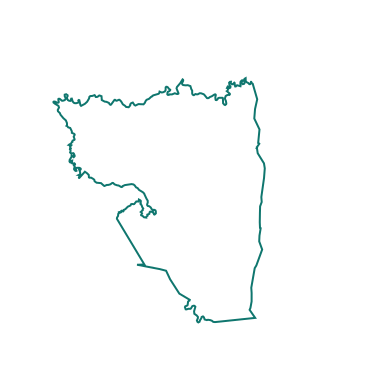 outline of San Jerónimo Coatlán, Oaxaca, Mexico, rotated 336°
{"feature_id": "50627088B48669608540498", "entity_name": "San Jerónimo Coatlán", "entity_type": "district", "adm_level": 2, "iso_a3": "MEX", "parent_name": "Mexico", "parent_adm1": "Oaxaca", "projection": "orthographic", "projection_center": [-96.995, 16.194], "detail": "fine", "context": "isolated", "style": "outline", "palette": "teal", "viewbox_px": 384, "rotation_deg": 336, "n_neighbors": 0, "source": "geoboundaries", "source_scale": "gbopen_adm2", "svg_char_len": 5932}
<svg xmlns="http://www.w3.org/2000/svg" viewBox="0 0 384 384"><g transform="rotate(336 192 192)"><path d="M112.2,236.1L131.3,249.4L136.3,253.4L136.5,262.9L139.1,279.7L146.1,289.6L145.5,290.2L144.8,290.1L143.8,290.6L142.0,293.5L141.3,293.8L139.4,293.7L138.7,294.3L138.5,296.6L139.2,297.0L141.5,297.3L142.8,298.0L143.6,298.0L145.9,296.4L147.1,296.5L148.0,297.0L148.4,298.2L145.4,301.8L144.6,304.2L146.1,306.7L146.6,308.6L146.0,309.7L144.2,311.4L144.2,312.9L144.7,313.7L146.1,313.6L147.2,312.4L149.2,311.1L150.0,310.1L151.4,310.1L151.9,311.3L151.7,313.6L153.5,315.1L154.6,315.2L156.6,316.5L157.8,317.7L158.6,319.3L160.1,320.2L198.5,332.7L196.7,323.1L198.2,321.7L201.9,316.3L205.4,308.5L207.2,303.6L218.3,287.1L220.9,285.3L232.7,273.1L233.3,264.5L235.9,259.3L240.0,253.0L239.5,252.5L241.6,247.2L245.6,238.6L248.4,232.8L251.6,229.5L253.3,224.8L263.5,208.5L268.1,200.0L269.4,195.1L267.8,183.3L269.1,178.6L268.9,178.4L269.5,178.0L269.5,177.7L268.6,177.7L269.4,177.5L273.1,175.3L272.8,174.5L272.4,174.1L279.1,162.3L278.8,150.2L283.3,141.9L289.3,133.8L291.5,117.8L290.9,116.8L290.9,115.5L290.7,115.4L289.3,117.1L288.7,117.1L288.2,116.7L287.8,115.4L286.5,113.8L286.2,112.5L287.3,109.8L286.1,109.9L285.1,111.4L284.3,113.9L283.4,114.4L282.2,114.1L281.7,112.1L282.3,111.4L283.2,111.2L283.5,110.5L282.8,110.3L281.4,110.9L280.9,111.4L280.8,111.9L280.2,112.8L279.8,114.4L279.3,115.1L276.6,112.8L274.9,113.4L274.4,113.2L274.4,112.4L275.3,109.7L275.1,109.3L273.1,110.2L272.1,109.4L271.6,108.5L272.4,107.1L271.5,106.8L270.4,107.2L269.5,110.1L270.2,111.0L269.5,112.2L268.6,112.4L268.1,112.0L267.9,110.7L267.5,110.2L266.3,111.2L267.0,111.7L267.1,112.3L265.6,114.0L264.9,114.1L266.4,117.3L266.5,117.9L266.2,118.3L265.5,118.5L264.9,118.0L262.9,117.8L261.7,118.1L260.4,119.6L260.0,120.4L260.0,122.6L259.4,125.0L258.9,125.7L257.6,126.0L257.1,125.5L256.5,123.6L258.4,118.8L258.1,118.3L255.2,117.0L254.2,116.9L252.6,117.9L251.7,118.0L251.1,117.6L251.1,117.1L251.9,114.8L253.2,113.1L253.2,112.6L252.9,112.2L251.9,112.1L249.0,112.6L247.1,112.5L245.5,112.9L244.7,112.8L243.9,112.3L242.7,107.9L242.1,107.1L240.4,105.5L239.1,104.9L237.1,105.1L236.2,104.8L234.9,103.9L233.2,104.3L232.7,104.1L232.2,103.2L232.2,102.2L233.4,99.4L233.2,97.9L233.6,94.6L231.6,92.7L229.6,92.0L227.6,90.8L227.1,90.3L226.9,89.5L227.2,88.5L229.0,87.0L229.4,86.4L229.5,85.8L229.2,85.3L225.5,87.8L220.9,90.0L220.0,91.1L219.8,96.3L219.6,96.6L218.9,96.7L218.2,96.4L216.4,94.8L213.5,94.7L211.0,93.6L210.3,93.9L209.3,93.3L209.2,92.6L210.2,91.0L210.6,90.7L212.4,90.6L213.4,90.2L213.7,89.7L212.8,88.2L212.6,86.8L212.0,85.8L211.3,85.4L210.5,85.7L209.3,88.2L208.1,89.1L205.9,89.1L204.7,88.7L203.2,87.1L202.2,88.4L201.4,88.7L196.3,88.0L195.1,88.0L194.7,88.4L193.2,88.5L190.6,89.4L188.0,89.3L186.4,90.2L185.3,91.3L183.4,92.2L178.8,89.9L175.5,90.0L174.8,89.2L174.3,86.2L172.6,86.1L171.2,86.8L171.0,87.5L170.0,88.2L168.6,88.8L166.4,87.5L165.9,86.0L164.5,83.8L164.1,80.4L163.3,78.3L162.6,78.0L160.5,78.0L159.9,77.8L159.3,76.6L158.7,76.3L154.0,79.0L153.2,79.3L152.9,79.1L152.5,78.4L152.3,76.8L150.5,74.8L149.0,73.9L147.0,71.3L148.3,67.7L146.9,66.3L146.5,66.1L144.4,66.6L143.5,66.4L142.7,66.0L142.6,64.3L142.4,63.9L140.0,63.7L138.1,63.0L136.9,63.4L136.0,64.7L132.9,66.9L129.9,67.9L125.7,68.2L125.4,67.3L126.4,62.3L126.0,61.9L125.4,62.1L125.2,63.7L124.8,64.1L122.4,63.8L121.2,63.3L120.3,62.4L119.8,60.8L120.2,57.8L119.6,57.6L119.0,58.3L118.7,59.2L117.8,59.3L116.6,58.4L116.0,57.5L115.9,55.5L116.3,54.7L117.4,53.8L117.7,53.0L116.8,51.5L115.3,51.3L114.7,52.6L114.7,55.0L114.3,55.7L113.0,56.3L111.1,56.1L110.3,55.7L109.1,53.2L108.5,52.7L107.9,52.6L107.4,53.3L106.9,55.6L106.3,56.0L105.3,55.7L103.5,53.6L102.5,53.2L102.0,53.4L101.9,54.0L102.7,55.6L105.0,58.9L104.9,60.7L102.7,62.5L102.4,63.7L103.4,66.2L103.3,67.9L104.5,72.2L105.9,75.3L105.8,78.2L105.0,80.1L104.3,80.5L104.8,81.0L105.2,82.6L106.8,84.0L106.9,87.7L106.3,89.1L107.9,90.8L108.2,91.6L108.1,92.0L106.4,93.4L106.2,96.1L105.8,96.5L103.8,96.5L103.1,97.6L102.6,97.5L100.7,98.9L99.6,98.6L98.6,98.9L100.6,100.3L98.9,101.1L99.0,103.0L98.4,103.3L98.0,103.1L97.8,103.4L98.1,104.0L97.8,105.1L96.7,106.3L97.0,107.2L98.8,108.2L99.3,108.2L99.7,108.9L99.3,110.0L99.7,110.7L99.3,111.6L98.1,112.1L96.9,109.6L96.2,110.9L93.3,112.9L92.5,114.3L92.6,115.2L93.1,115.7L93.6,115.7L93.9,114.4L95.3,114.6L94.0,116.7L94.1,117.0L94.9,117.6L96.2,117.9L96.5,118.7L96.4,119.2L96.0,119.4L94.9,119.4L94.8,119.7L95.3,120.5L95.2,121.2L93.9,122.5L93.5,123.4L93.8,124.7L94.5,125.6L95.1,125.6L95.2,123.7L96.0,123.0L96.8,123.1L98.8,124.0L99.7,125.0L99.8,125.6L99.5,126.1L98.7,126.5L98.0,126.0L97.9,128.1L97.2,130.3L95.3,130.4L96.3,131.1L94.6,132.7L94.5,133.1L94.8,133.3L102.4,129.9L103.7,132.1L104.6,134.4L103.8,136.7L104.4,137.4L105.6,137.8L106.8,139.4L107.7,141.0L107.4,142.6L108.6,144.7L112.5,146.9L114.1,150.5L114.5,150.9L117.0,150.9L118.5,151.5L120.5,151.8L122.9,151.3L123.6,151.7L124.4,153.6L126.4,155.5L127.6,156.2L129.4,158.7L130.5,158.9L131.0,158.4L133.5,158.4L140.0,160.2L141.6,161.3L142.3,162.6L142.8,165.0L143.9,166.3L144.5,168.6L147.0,172.2L147.9,174.5L147.6,174.2L147.7,179.6L148.0,181.9L147.3,183.6L146.0,185.0L145.7,185.8L145.9,186.7L147.2,187.7L148.0,189.3L148.2,191.3L148.6,192.1L150.5,193.1L151.1,193.9L151.1,194.8L150.3,196.8L149.1,197.3L148.4,197.3L148.2,196.9L148.4,195.9L147.7,194.3L148.2,193.9L146.5,193.4L145.9,192.9L145.2,193.1L144.1,194.6L142.0,194.5L141.8,195.6L139.8,196.2L139.7,196.7L137.9,195.6L137.1,193.7L136.1,192.6L136.1,192.3L137.7,191.2L137.5,190.0L137.1,189.4L139.6,188.6L139.7,188.0L140.7,187.3L140.4,185.7L140.6,183.7L140.1,182.0L140.5,181.9L140.8,180.8L141.6,179.4L141.4,178.6L140.4,177.3L139.4,179.0L137.3,178.0L134.3,179.5L133.7,179.4L132.3,178.5L131.3,178.4L130.3,179.3L127.4,179.3L124.1,180.6L122.3,180.6L121.9,181.4L121.2,181.7L120.2,180.5L119.7,180.5L119.2,181.6L118.3,181.7L117.7,180.8L116.9,180.7L116.5,181.8L115.7,182.0L114.7,183.8L113.1,184.9L112.5,185.9L119.0,238.9L112.2,236.1Z" fill="none" stroke="#0f766e" stroke-width="2"/></g></svg>